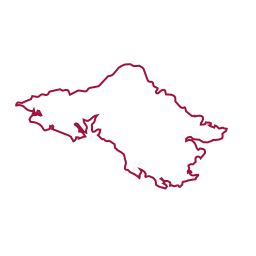 SVG path tracing the border of La Coruña, rotated 239°
{"feature_id": "ESP-5827", "entity_name": "La Coruña", "entity_type": "Autonomous Community", "adm_level": 1, "iso_a3": "ESP", "parent_name": "Spain", "parent_adm1": "", "projection": "albers", "projection_center": [-8.526, 43.162], "detail": "fine", "context": "isolated", "style": "outline", "palette": "rose", "viewbox_px": 256, "rotation_deg": 239, "n_neighbors": 0, "source": "natural_earth", "source_scale": "10m", "svg_char_len": 4574}
<svg xmlns="http://www.w3.org/2000/svg" viewBox="0 0 256 256"><g transform="rotate(239 128 128)"><path d="M104.1,191.3L103.4,191.3L102.8,193.4L101.8,195.5L100.5,197.1L98.7,197.7L96.9,196.9L95.7,195.3L94.7,193.2L93.4,192.1L91.9,194.9L91.7,196.5L92.7,197.6L90.5,200.7L89.4,201.5L88.0,200.4L88.5,199.0L87.1,199.6L83.9,202.2L85.3,203.9L84.1,204.8L80.6,205.8L80.3,206.5L79.5,209.5L78.7,209.8L77.9,210.5L76.5,212.2L75.0,210.5L74.8,208.1L74.4,205.9L72.2,204.9L70.7,203.5L71.2,200.2L72.7,196.8L73.9,194.8L73.8,193.2L74.2,191.3L74.8,188.6L75.9,187.0L76.4,186.1L77.1,185.2L78.3,184.7L78.5,184.5L81.4,182.9L83.9,179.3L85.4,178.0L87.7,177.4L88.4,176.5L89.1,174.4L88.8,172.3L86.8,171.1L86.4,174.2L84.8,176.1L82.6,177.0L80.0,177.4L75.0,176.6L73.0,177.0L73.3,179.3L71.1,181.7L69.8,182.3L68.0,181.9L66.7,180.8L66.1,179.1L65.5,176.9L64.6,174.6L65.8,174.6L66.8,174.1L67.5,173.2L68.0,171.9L67.3,170.3L65.9,169.4L64.1,168.6L64.0,167.6L63.5,165.8L63.4,165.0L63.6,164.5L64.5,163.5L64.7,162.7L64.8,161.5L64.8,160.6L64.1,160.1L62.4,159.9L61.5,159.4L60.0,156.9L58.8,156.3L58.8,157.2L59.4,158.6L58.8,159.4L57.9,159.6L57.4,159.5L57.0,157.7L56.1,157.5L54.9,158.2L54.1,159.0L53.4,160.2L52.4,162.8L51.7,164.0L51.2,163.7L50.3,160.6L49.4,159.8L49.4,159.0L50.1,157.7L52.2,152.2L52.2,151.3L52.5,150.3L52.8,149.2L53.2,148.5L53.5,147.3L52.9,146.4L51.5,145.4L50.8,142.2L51.6,141.5L52.9,141.4L53.6,140.3L54.1,137.8L55.3,136.7L56.4,135.9L56.9,134.3L58.3,135.6L59.6,136.0L60.8,135.5L62.3,134.4L62.8,133.7L63.1,133.0L63.4,132.4L64.3,131.7L65.1,131.3L65.8,131.1L67.6,130.9L67.6,129.9L66.0,130.7L63.8,131.2L62.2,131.0L62.3,129.8L59.2,131.4L57.8,131.2L56.9,128.9L61.6,124.5L64.7,122.8L68.3,124.4L70.0,124.4L71.8,124.1L73.0,123.5L74.2,122.5L75.5,121.7L76.5,119.9L77.0,117.9L77.7,117.9L79.5,119.5L82.1,119.5L84.7,118.4L86.4,117.1L84.3,117.3L83.2,116.5L81.7,113.5L81.3,113.5L80.1,112.9L79.3,112.0L80.0,111.7L81.0,111.6L84.9,109.8L89.0,107.1L92.1,106.3L92.8,105.3L93.6,104.7L94.7,104.4L95.9,105.1L99.0,108.2L100.6,108.9L102.4,109.2L106.1,110.5L107.9,110.8L110.6,109.7L114.0,107.8L117.7,106.7L121.0,108.1L126.0,105.7L126.9,104.9L127.2,103.7L128.0,102.7L129.0,102.0L130.9,101.5L131.3,100.9L131.6,100.3L132.1,99.9L137.4,98.5L137.8,100.2L138.7,101.5L140.8,103.4L142.0,101.9L142.4,100.7L142.1,97.5L143.0,95.8L144.9,96.1L147.8,97.9L149.2,98.4L149.8,99.6L150.1,101.1L150.8,102.6L153.0,104.8L154.0,106.1L154.7,108.1L155.4,106.0L155.4,103.9L154.7,99.8L154.7,97.8L155.2,96.6L156.2,95.6L158.0,94.3L156.1,93.4L154.3,93.2L151.1,93.5L149.4,92.9L147.0,90.4L145.5,89.8L147.3,88.3L157.0,87.0L157.7,86.8L158.4,86.1L158.8,85.3L158.6,84.3L158.2,84.2L155.9,85.2L150.1,86.2L150.4,85.7L150.7,85.5L151.4,85.2L151.0,84.9L150.1,84.3L148.9,86.0L147.0,86.8L142.7,87.0L143.5,85.0L143.8,82.2L144.3,80.2L145.4,80.7L146.7,78.9L145.9,78.2L145.1,77.1L144.6,75.7L144.7,74.3L145.1,74.3L146.7,74.6L147.4,74.3L149.7,74.6L152.4,73.2L166.4,62.3L166.8,63.8L167.6,64.6L168.7,64.7L169.8,64.1L168.8,64.2L168.5,64.1L168.5,63.3L168.9,63.1L169.3,62.6L169.8,62.3L167.9,60.8L167.6,59.4L168.1,58.0L168.4,56.4L169.0,55.3L170.4,54.9L173.7,54.9L176.5,54.1L179.2,52.4L181.6,50.2L183.5,47.6L186.1,48.0L187.3,49.9L188.0,52.2L189.5,54.0L189.5,54.8L188.9,54.5L188.0,54.2L187.5,54.0L186.8,55.1L186.4,56.3L186.3,57.5L186.9,58.5L185.9,59.3L185.6,59.1L184.9,58.5L184.3,59.1L184.0,59.3L183.6,59.5L183.6,60.4L188.4,60.6L189.3,59.6L187.5,56.7L188.6,55.9L189.8,55.9L192.2,56.7L191.9,56.3L191.7,55.3L191.5,54.8L192.8,53.3L194.5,51.8L196.5,50.7L200.3,49.6L202.3,48.2L203.9,46.3L204.6,44.3L204.9,43.8L205.6,44.2L206.3,45.2L206.6,46.6L206.2,47.4L204.0,50.1L203.9,52.1L202.7,59.7L204.6,62.4L201.4,66.2L200.9,67.5L201.3,69.9L201.2,71.4L200.9,72.1L198.6,74.5L198.2,75.6L198.2,76.9L199.3,78.9L199.5,79.4L199.4,80.1L196.2,89.7L193.6,91.3L192.7,94.3L192.0,95.4L190.8,96.1L186.4,95.4L185.8,104.2L185.1,105.7L181.7,109.7L181.2,110.6L181.1,111.7L181.4,112.7L181.8,113.6L182.1,114.4L182.1,115.7L178.9,124.4L182.6,137.4L182.4,138.4L181.9,139.5L181.6,141.0L181.6,142.7L184.5,151.3L184.5,154.7L184.0,158.1L181.7,162.5L180.8,163.3L178.7,164.4L177.8,165.2L175.5,169.8L172.3,171.5L170.7,171.8L158.4,169.4L156.7,170.1L155.5,171.9L155.0,172.3L153.9,172.6L150.9,171.6L149.9,171.9L147.2,173.8L146.3,173.6L145.8,172.7L145.3,171.6L144.7,170.6L144.0,170.3L143.3,170.4L142.7,170.8L142.3,171.5L142.3,172.2L142.9,174.7L142.9,176.3L142.7,177.6L142.1,178.6L141.0,179.1L137.2,177.9L134.3,182.2L132.0,183.9L130.7,184.2L129.4,184.0L126.4,182.3L119.0,183.7L117.4,184.7L116.9,185.5L116.7,186.3L116.7,186.8L116.5,187.2L116.0,187.4L112.4,186.4L105.5,188.9L104.1,191.3Z" fill="none" stroke="#9f1239" stroke-width="2"/></g></svg>